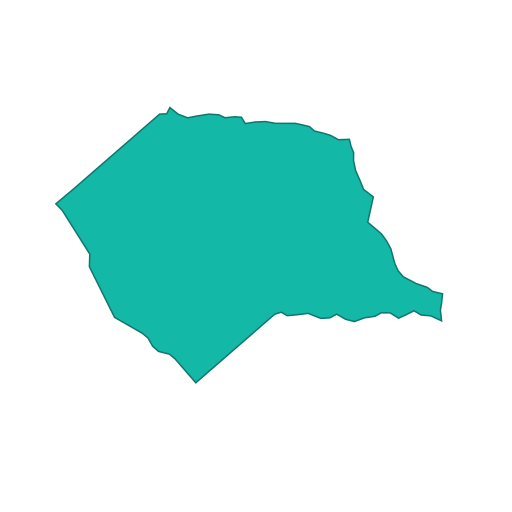 Nova Aliança do Ivaí, Paraná, Brazil (Mercator projection), rotated 229°
{"feature_id": "56859067B91181868045334", "entity_name": "Nova Aliança do Ivaí", "entity_type": "district", "adm_level": 2, "iso_a3": "BRA", "parent_name": "Brazil", "parent_adm1": "Paraná", "projection": "mercator", "projection_center": [-52.628, -23.171], "detail": "fine", "context": "isolated", "style": "filled", "palette": "teal", "viewbox_px": 512, "rotation_deg": 229, "n_neighbors": 0, "source": "geoboundaries", "source_scale": "gbopen_adm2", "svg_char_len": 1126}
<svg xmlns="http://www.w3.org/2000/svg" viewBox="0 0 512 512"><g transform="rotate(229 256 256)"><path d="M85.3,353.5L94.1,359.6L98.7,365.2L105.1,372.0L113.4,366.0L119.9,364.7L130.3,358.7L143.8,353.5L151.9,353.6L159.2,355.8L173.0,362.5L181.6,364.4L190.2,365.2L208.2,362.5L223.6,383.3L235.7,380.9L245.6,384.3L255.0,387.2L264.0,392.2L269.8,397.4L276.3,399.6L282.8,403.0L289.7,394.5L298.1,391.4L304.2,387.6L312.0,382.1L318.7,381.2L324.8,376.8L330.4,372.6L334.8,367.5L343.4,357.7L351.3,351.3L357.6,343.4L363.0,334.8L370.3,336.0L375.2,331.1L380.7,323.3L386.9,320.6L394.0,313.5L400.3,303.4L405.1,295.1L414.0,290.3L424.5,288.4L421.9,281.9L426.3,276.4L426.3,175.6L426.3,161.0L426.7,139.2L417.5,139.7L366.5,131.8L357.2,123.2L302.5,109.0L272.2,119.5L264.9,120.7L255.7,118.8L248.0,119.8L238.8,126.2L231.8,127.4L209.1,127.4L199.8,127.4L199.8,231.9L197.0,238.2L190.5,240.4L185.1,247.9L178.5,257.7L166.4,264.0L160.9,271.1L159.2,278.7L149.5,282.1L142.0,287.2L138.1,297.4L132.4,306.3L131.0,313.2L125.1,319.9L115.5,322.8L113.0,331.4L111.0,339.3L103.1,341.9L96.1,348.7L85.3,353.5Z" fill="#14b8a6" stroke="#0f766e" stroke-width="1.5"/></g></svg>